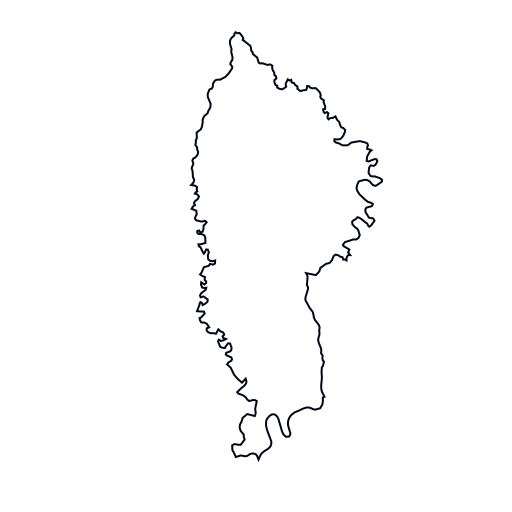 the district of Candói, Paraná, Brazil, rotated 301°
{"feature_id": "56859067B42839534370188", "entity_name": "Candói", "entity_type": "district", "adm_level": 2, "iso_a3": "BRA", "parent_name": "Brazil", "parent_adm1": "Paraná", "projection": "albers", "projection_center": [-52.04, -25.522], "detail": "fine", "context": "isolated", "style": "outline", "palette": "ink", "viewbox_px": 512, "rotation_deg": 301, "n_neighbors": 0, "source": "geoboundaries", "source_scale": "gbopen_adm2", "svg_char_len": 6140}
<svg xmlns="http://www.w3.org/2000/svg" viewBox="0 0 512 512"><g transform="rotate(301 256 256)"><path d="M406.1,300.6L405.9,298.6L405.0,296.3L406.6,295.2L408.4,295.1L409.8,293.5L409.6,291.3L408.0,285.9L406.4,283.9L402.3,279.3L398.1,277.5L396.6,275.2L395.4,273.1L395.2,268.7L394.4,266.1L394.7,264.1L396.5,263.1L397.6,265.3L398.7,267.0L400.6,268.4L404.3,268.9L408.4,268.2L409.9,267.6L410.7,265.0L410.2,262.8L411.7,260.5L413.6,258.5L414.5,255.3L416.6,252.2L414.3,251.0L412.1,248.4L410.5,247.8L411.2,246.2L412.6,245.5L415.6,244.6L415.9,242.7L413.9,241.3L414.4,239.7L416.3,238.0L417.7,239.5L419.9,238.2L422.8,234.6L424.4,234.0L424.5,230.7L425.4,229.2L427.2,228.6L429.1,226.6L430.3,222.5L430.6,220.5L428.9,218.2L428.2,215.6L428.9,214.0L428.0,212.3L426.1,213.1L424.1,213.5L422.6,211.4L420.2,209.1L420.7,205.3L422.6,204.3L422.8,201.6L423.8,199.4L423.1,197.3L425.1,195.4L423.6,194.2L423.8,192.3L419.5,192.6L417.9,193.4L416.7,194.7L414.6,193.9L412.3,192.5L411.3,189.6L411.4,187.3L412.9,186.5L412.6,184.6L414.5,182.2L416.2,181.2L418.7,182.0L420.4,180.5L420.6,178.6L422.6,177.1L424.0,174.5L425.8,172.8L427.5,172.0L427.5,169.4L425.7,167.4L424.4,161.9L423.2,160.6L423.1,158.8L426.7,154.8L427.5,149.3L428.8,148.3L429.7,146.0L431.7,144.6L433.2,142.9L434.2,135.4L434.3,133.4L435.8,133.2L436.8,131.8L437.6,130.2L438.7,127.0L437.3,125.2L437.3,123.3L435.6,123.0L433.9,123.8L430.7,122.8L428.8,122.6L426.8,123.0L424.5,124.4L420.6,128.6L418.2,129.6L414.3,133.5L411.8,134.7L409.2,134.6L407.3,135.1L405.9,138.3L404.2,138.9L398.0,138.5L393.7,137.5L388.6,134.4L387.7,132.7L386.2,131.0L384.4,130.3L381.6,130.4L379.0,131.7L376.8,131.9L374.9,130.4L371.0,130.9L369.2,131.6L367.5,132.8L363.1,138.7L361.0,139.8L359.3,140.4L355.8,140.4L353.4,141.0L349.2,139.6L347.3,139.7L345.0,140.2L343.5,141.3L340.5,142.5L338.4,143.2L336.0,143.4L331.3,141.5L326.7,144.5L324.0,144.9L321.9,146.2L320.0,146.8L318.8,149.6L317.3,150.4L315.4,152.8L313.5,153.6L310.9,153.6L308.6,153.0L307.4,152.1L305.2,152.2L302.8,154.8L298.1,155.6L296.2,157.8L291.2,161.3L289.6,163.6L287.3,164.6L283.4,163.9L284.9,167.5L284.7,170.1L282.4,170.9L281.2,172.4L279.5,171.5L278.0,171.5L278.6,174.0L277.6,176.5L274.6,176.7L271.6,175.5L269.4,175.5L268.2,177.5L266.1,176.5L263.3,176.5L264.1,181.5L261.2,183.7L258.2,183.9L256.5,184.5L255.8,186.3L257.1,190.8L258.3,192.7L259.9,194.1L259.5,196.3L256.8,196.0L255.2,195.4L252.0,197.1L249.3,197.7L247.5,196.1L248.5,194.0L247.2,192.8L245.8,193.5L245.3,195.5L246.7,197.6L247.1,201.0L245.6,203.1L241.1,205.9L237.5,202.5L236.4,200.7L234.9,202.0L234.9,204.0L232.3,207.8L231.2,210.1L232.9,210.3L235.8,209.9L236.7,211.3L235.0,213.6L231.7,214.4L228.6,216.7L228.2,219.4L229.2,221.5L231.1,223.3L228.4,224.7L226.6,223.8L225.5,220.7L223.2,220.5L219.6,217.1L213.6,217.9L211.5,217.5L211.2,219.6L211.6,223.1L209.0,224.3L208.6,226.4L207.1,227.2L204.9,226.3L205.3,222.6L203.3,223.4L201.2,226.1L202.0,228.3L203.2,229.7L201.4,230.3L195.8,228.2L193.4,228.3L192.1,229.8L194.3,231.8L193.9,237.0L191.7,238.0L188.5,236.8L186.5,235.5L187.9,233.8L187.8,232.1L186.1,232.2L184.5,232.8L178.3,233.9L181.5,240.1L180.3,241.6L175.2,240.7L173.7,239.6L172.1,241.0L170.9,243.4L172.4,246.2L172.5,248.9L170.7,252.6L168.6,251.0L166.7,252.1L166.0,254.3L166.5,256.9L168.1,259.6L168.7,261.7L173.8,261.5L173.1,264.3L173.6,267.3L172.1,269.3L169.9,268.7L168.9,270.0L169.4,273.0L167.1,271.6L165.1,269.7L165.1,267.2L163.1,267.5L159.7,272.2L160.1,274.7L161.2,276.7L163.4,276.6L166.8,277.1L167.6,278.8L164.9,282.2L162.8,283.2L161.2,283.1L157.6,280.3L155.9,280.8L155.8,282.9L156.4,287.0L155.2,288.6L153.6,288.8L150.3,287.1L148.2,287.1L147.2,291.9L142.8,298.6L141.1,304.2L140.2,309.2L145.5,310.3L143.5,312.5L141.6,313.1L138.6,312.8L135.0,311.4L129.6,310.0L129.0,311.7L129.9,316.7L129.6,319.9L128.5,322.4L128.1,324.8L131.2,327.8L132.0,329.7L132.0,331.4L124.8,333.9L121.3,336.6L118.2,337.4L116.0,329.9L110.3,327.9L107.2,328.8L103.4,329.1L100.9,330.1L99.5,331.4L98.1,333.1L96.6,337.5L94.7,338.6L92.8,340.8L86.3,340.1L85.3,338.5L83.7,334.4L81.4,333.1L77.3,335.9L76.1,338.3L73.3,342.3L77.1,345.5L78.9,350.1L80.1,351.4L83.0,352.8L84.5,354.1L85.5,355.7L85.9,358.0L85.3,359.8L82.8,363.0L87.2,362.4L89.8,362.5L92.7,363.5L96.6,365.5L99.4,366.4L102.0,366.2L104.9,364.7L112.7,354.9L116.0,351.8L119.4,349.9L121.2,349.4L123.6,349.5L126.0,350.0L128.4,351.2L129.7,353.2L129.8,354.9L129.2,357.1L127.8,359.2L119.1,368.6L117.0,371.8L116.5,374.8L118.1,377.2L119.7,377.4L121.6,376.9L126.7,371.4L128.4,369.9L130.0,369.0L131.6,368.4L133.9,367.9L136.5,367.9L138.1,368.2L142.0,369.7L145.8,372.6L149.0,374.6L152.2,377.4L153.2,379.0L153.9,381.4L154.0,383.3L154.7,385.8L158.5,389.4L162.8,389.4L166.6,387.8L169.0,386.2L170.6,387.2L173.7,382.3L175.6,380.5L178.3,378.7L185.6,375.2L190.7,371.7L194.5,369.8L196.4,370.0L200.3,368.7L201.1,366.8L202.6,365.5L204.9,364.5L206.2,361.8L208.4,360.8L210.3,359.3L214.0,354.4L216.2,352.4L218.4,351.6L221.7,350.7L224.3,348.8L227.7,347.2L229.3,345.3L231.6,339.4L233.2,337.2L234.6,336.1L237.2,333.6L239.2,328.6L243.7,321.0L245.8,319.8L254.7,317.5L256.0,316.6L257.5,314.5L264.6,311.0L265.9,309.8L267.1,307.7L270.5,317.2L275.3,318.2L279.0,317.3L285.4,320.1L287.0,321.8L288.6,322.9L291.5,323.2L296.1,322.6L298.2,323.5L299.0,326.3L298.8,328.9L299.5,330.8L297.9,332.6L298.8,334.1L298.8,335.8L300.3,334.9L302.5,334.3L304.4,334.7L305.3,336.3L306.6,333.1L309.6,332.7L309.6,326.0L310.5,324.7L313.7,325.1L320.2,330.8L321.9,333.5L324.2,334.5L327.3,334.2L330.5,330.7L331.5,328.6L331.7,325.9L332.8,322.4L334.7,320.8L336.6,321.1L338.9,322.5L341.5,323.0L342.0,324.9L341.9,327.7L341.1,332.7L341.1,334.5L339.9,336.2L339.4,338.0L341.7,339.0L347.3,339.4L348.6,337.0L347.6,334.9L347.1,332.9L350.2,327.1L352.1,325.8L354.3,325.7L358.5,329.7L360.7,329.5L360.8,326.9L360.0,324.1L360.6,319.9L362.2,312.8L364.2,308.9L366.3,307.0L369.6,306.0L372.9,305.7L376.3,308.9L377.5,310.2L378.4,312.3L378.5,314.9L377.0,319.5L377.6,322.2L379.3,323.3L384.5,325.6L386.2,324.8L386.5,322.0L385.4,316.8L384.1,314.6L383.6,312.9L384.5,310.9L385.5,309.5L389.9,307.5L392.7,307.5L393.8,310.4L395.6,311.4L398.0,311.4L399.8,311.2L401.0,309.5L400.1,307.7L394.9,303.7L394.5,301.9L398.6,300.0L403.8,299.8L406.1,300.6Z" fill="none" stroke="#020617" stroke-width="2"/></g></svg>